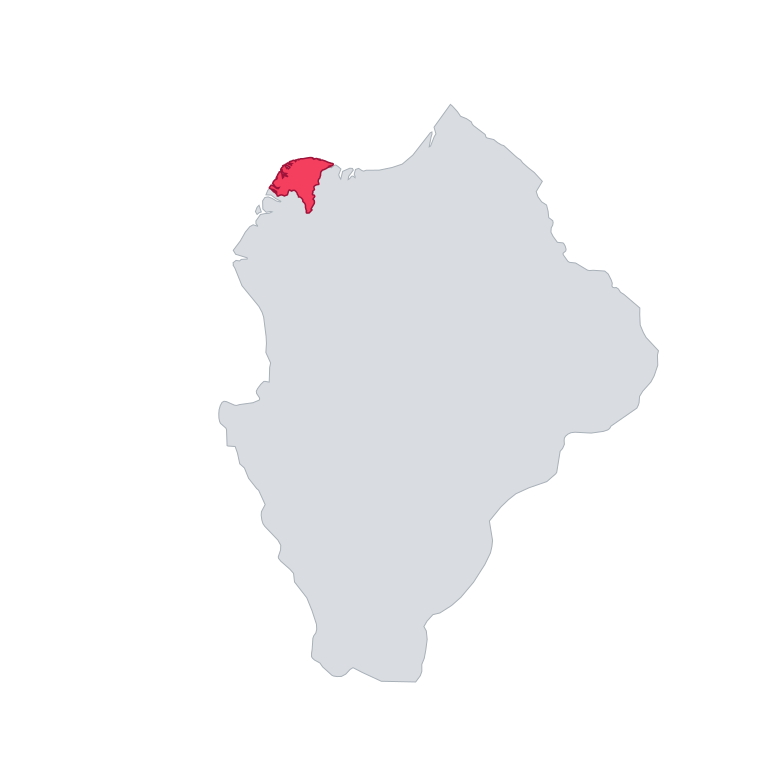 Bayelsa highlighted on a map of Nigeria, rotated 128°
{"feature_id": "NGA-2845", "entity_name": "Bayelsa", "entity_type": "State", "adm_level": 1, "iso_a3": "NGA", "parent_name": "Nigeria", "parent_adm1": "", "projection": "orthographic", "projection_center": [6.155, 4.833], "detail": "fine", "context": "in_parent", "style": "filled", "palette": "rose", "viewbox_px": 768, "rotation_deg": 128, "n_neighbors": 0, "source": "natural_earth", "source_scale": "10m", "svg_char_len": 7326}
<svg xmlns="http://www.w3.org/2000/svg" viewBox="0 0 768 768"><g transform="rotate(128 384 384)"><path d="M599.3,175.6L619.9,203.1L624.7,223.7L626.6,233.8L629.9,235.0L636.1,235.5L640.6,237.5L643.4,240.8L645.2,244.0L645.6,245.8L644.7,258.2L643.3,262.7L644.3,268.8L644.1,271.5L643.5,273.2L640.8,275.3L637.1,277.4L628.3,283.4L625.7,284.3L622.0,284.5L618.7,286.0L614.9,289.3L606.9,301.2L600.0,313.2L595.1,332.6L588.9,338.7L587.9,344.1L587.2,356.2L586.3,359.8L585.3,360.9L578.5,363.3L574.6,366.1L572.3,371.6L569.6,390.2L568.6,393.3L566.4,396.5L563.0,400.0L560.0,402.0L552.2,403.4L544.9,417.4L544.8,419.9L541.7,432.6L536.1,442.3L535.7,448.5L528.6,457.0L524.9,462.8L528.9,468.7L529.2,469.7L516.9,480.0L516.1,481.5L515.7,488.6L514.7,490.5L512.5,493.1L509.1,495.9L505.8,498.1L501.9,499.7L498.2,500.3L496.1,499.4L494.9,497.3L492.7,488.7L491.6,486.9L489.2,485.2L479.5,475.8L473.7,472.5L472.4,472.7L471.5,473.7L469.9,478.5L468.3,480.2L465.2,480.8L459.9,480.9L456.0,480.3L455.1,479.3L453.2,475.6L441.3,484.3L437.2,486.3L431.9,496.5L424.4,501.6L419.2,506.1L405.4,520.0L402.6,524.1L399.9,530.3L394.0,556.4L384.5,572.8L383.2,576.2L382.7,576.1L381.4,577.6L377.7,576.7L376.0,573.6L373.7,573.2L369.7,568.7L368.8,569.5L373.1,580.7L371.5,585.1L359.7,585.3L349.6,586.8L342.6,586.6L339.1,585.1L337.5,580.8L336.9,581.3L336.6,583.5L334.4,585.3L326.5,585.7L323.1,582.8L320.2,579.6L317.2,578.1L317.7,579.5L321.2,582.6L320.7,587.2L314.4,592.4L310.4,592.7L307.9,590.5L306.7,586.8L306.0,581.3L304.4,577.8L303.5,577.8L304.6,583.7L304.6,589.2L307.6,593.5L303.0,594.8L297.5,595.0L296.8,593.4L296.1,589.9L295.1,588.9L294.0,594.9L282.6,596.6L281.0,596.4L280.6,595.3L281.5,593.6L281.3,590.9L278.8,593.0L278.4,597.1L277.0,597.8L272.6,597.2L267.9,595.1L260.2,589.8L250.8,581.3L249.3,577.4L246.6,572.7L241.7,559.7L242.6,559.1L244.8,559.8L245.9,558.6L242.0,557.7L241.1,556.7L240.9,553.8L241.1,550.3L247.0,548.5L248.4,546.4L249.2,544.2L241.9,547.5L235.0,543.8L233.6,541.6L234.3,539.9L242.2,539.7L245.0,538.1L243.3,537.5L240.3,537.5L239.2,536.4L239.3,533.8L238.3,534.4L237.0,536.7L232.4,538.5L229.7,536.7L229.4,532.8L228.8,531.1L226.6,529.7L218.5,519.5L208.4,510.9L199.5,505.0L185.9,502.2L157.5,502.2L155.9,501.4L157.6,500.0L160.1,499.1L169.3,494.4L167.8,493.8L158.2,496.7L155.0,497.0L150.8,502.7L122.8,503.8L122.9,501.2L124.2,493.7L125.9,488.5L124.1,482.2L123.7,476.5L124.8,474.7L125.3,472.6L125.1,457.9L126.6,455.8L126.7,454.3L123.8,448.0L123.9,443.2L123.3,438.6L122.4,436.5L123.7,418.7L123.4,414.2L124.3,411.1L124.8,403.4L124.8,395.9L126.8,384.0L138.7,382.5L141.7,377.9L143.4,372.0L142.9,366.1L146.8,361.1L151.5,356.6L151.4,351.6L152.7,350.1L154.9,348.9L158.1,348.3L161.6,345.9L163.6,341.6L165.6,334.6L162.6,329.8L162.7,328.7L163.8,326.1L165.7,323.5L167.2,322.7L170.7,323.4L171.8,322.4L174.1,314.7L173.9,312.7L170.7,307.5L169.0,293.7L168.1,291.9L165.7,289.3L159.1,279.6L159.3,275.0L162.1,269.1L164.0,266.2L166.5,264.7L167.0,263.3L166.3,261.7L165.0,260.4L164.8,257.8L166.1,254.1L165.7,250.0L166.6,229.2L171.9,225.2L179.8,218.4L183.8,211.3L186.0,206.0L188.8,188.2L192.9,186.3L200.7,179.8L211.3,176.1L218.2,174.9L230.3,175.7L236.4,175.0L241.7,171.5L244.0,170.6L247.3,169.9L277.4,179.2L280.1,178.8L282.4,179.4L286.2,181.9L295.1,190.5L304.4,203.8L307.3,206.7L310.2,208.2L313.2,208.8L315.5,208.6L317.6,207.3L320.5,204.7L324.9,203.6L328.6,203.8L347.3,193.5L349.1,193.4L360.6,195.6L376.4,205.8L389.3,212.5L398.4,214.7L409.0,216.2L427.1,216.6L440.5,202.1L445.5,199.0L451.6,196.1L464.2,193.4L485.1,191.4L504.8,192.1L517.0,194.4L530.0,199.0L535.7,203.5L544.4,204.1L550.6,203.2L552.5,198.7L558.6,192.8L567.9,187.3L575.4,183.4L581.7,181.6L587.1,177.3L591.5,175.8L599.3,175.6ZM327.3,591.5L322.9,592.8L320.1,592.5L324.0,586.6L326.0,587.9L328.5,588.4L327.3,591.5Z" fill="#d9dde1" stroke="#a8b0b8" stroke-width="1"/><path d="M301.5,583.8L301.2,584.1L300.5,585.9L300.2,588.0L300.5,589.5L300.3,589.8L300.3,590.7L300.2,591.3L299.8,590.3L299.7,589.7L299.6,586.9L299.3,586.4L299.1,586.7L298.9,586.9L298.7,587.1L298.4,587.3L298.6,588.0L298.7,590.0L298.9,590.8L299.4,591.7L299.8,592.6L300.2,594.2L300.2,594.7L299.9,595.2L299.5,595.3L298.1,595.3L296.8,595.4L296.6,595.2L296.1,593.7L295.9,592.3L296.0,590.3L295.8,588.6L295.1,587.5L293.8,587.6L295.0,588.6L295.5,590.2L295.3,592.0L294.7,593.7L294.6,595.2L292.4,595.8L289.8,595.5L288.6,594.7L288.0,594.8L287.4,595.0L287.8,595.8L287.0,596.1L285.9,596.2L285.1,596.4L284.2,596.7L282.2,596.8L281.3,597.1L280.2,595.9L281.1,594.0L284.1,590.7L283.5,590.6L283.1,590.6L282.8,590.5L282.5,590.7L281.0,592.5L280.8,590.1L280.0,587.9L279.8,587.9L279.7,588.8L279.8,590.0L280.0,591.1L280.3,591.9L279.9,591.4L279.5,591.0L279.0,590.6L278.2,590.4L278.7,591.4L279.2,592.1L279.5,592.9L279.4,594.1L279.1,594.9L278.8,595.6L278.5,595.8L278.2,595.9L277.9,596.2L277.9,596.8L278.3,596.6L278.6,596.6L279.2,596.8L278.9,597.2L277.6,597.7L276.0,597.7L274.9,597.4L274.7,597.7L274.4,597.9L274.3,598.1L273.5,597.8L273.1,597.3L273.0,596.7L273.0,595.9L273.2,595.1L273.8,594.1L273.9,593.5L273.7,593.6L273.2,593.7L273.0,593.0L273.2,591.8L272.7,591.8L272.2,591.7L271.7,591.4L271.1,591.6L271.0,592.1L271.1,592.7L271.3,593.4L271.5,593.7L271.3,594.3L271.5,594.8L271.9,595.4L272.1,596.1L272.0,597.0L271.6,597.0L271.1,596.5L270.4,596.2L269.4,596.2L269.1,595.9L269.0,594.4L269.3,594.3L269.4,594.2L268.8,593.3L268.7,593.1L268.7,592.4L268.7,591.6L268.4,591.6L268.1,593.1L267.9,592.9L267.2,592.5L267.9,594.0L268.0,594.8L267.5,595.3L266.8,595.2L266.1,594.8L265.6,594.3L265.2,594.0L264.3,593.7L263.3,592.9L262.8,591.8L263.2,590.7L262.7,590.6L262.4,590.8L262.3,591.1L262.3,591.6L262.0,591.6L261.3,590.9L259.5,589.8L259.0,589.1L259.3,589.3L259.9,589.6L260.2,589.8L259.8,589.2L259.3,588.9L258.7,588.8L258.0,588.5L257.1,587.5L256.8,587.0L255.6,585.8L255.3,585.6L251.1,581.7L249.9,580.0L249.5,578.1L249.8,578.2L250.1,578.4L250.1,577.6L248.1,576.4L247.6,575.5L247.4,574.8L246.3,572.8L245.8,572.3L247.3,573.2L247.0,572.1L245.5,570.5L244.3,567.1L243.9,565.0L243.7,564.3L243.1,563.1L242.9,562.4L242.8,561.7L242.6,561.3L242.3,561.0L242.0,560.5L241.8,559.8L242.1,559.3L242.6,559.1L243.3,559.1L244.0,559.4L244.5,559.8L245.3,560.9L245.8,561.2L245.2,559.5L246.3,560.5L248.1,561.6L250.1,562.3L252.4,563.5L253.2,564.2L254.3,564.3L255.1,564.2L255.8,564.3L257.4,563.4L258.9,562.3L259.8,562.1L260.6,561.7L261.4,561.4L262.3,561.6L263.6,561.3L264.8,560.7L266.3,558.6L266.9,558.3L268.4,559.7L269.3,560.2L270.3,560.6L271.5,560.8L272.2,560.4L273.5,558.6L273.9,558.5L274.4,558.6L274.9,558.7L275.5,558.8L276.1,558.7L276.4,558.4L276.6,558.1L277.0,557.9L278.1,557.5L278.6,557.2L278.8,556.8L278.7,556.4L278.3,555.7L278.2,555.2L278.6,554.2L279.4,553.9L281.3,553.9L282.1,553.7L282.2,553.4L282.2,552.8L282.3,552.2L282.5,551.8L282.9,551.4L283.3,551.0L284.1,550.4L284.8,550.1L290.6,549.3L291.3,548.8L291.2,547.9L295.3,548.3L296.6,549.8L296.8,550.0L296.9,550.5L296.7,550.8L296.3,551.1L296.2,551.3L295.2,551.6L295.0,551.9L294.9,552.4L294.6,552.8L293.1,554.7L292.0,555.5L291.1,556.4L290.4,557.8L290.2,559.9L289.8,560.8L289.0,561.2L288.8,561.6L288.5,562.6L288.3,563.7L288.3,564.6L288.4,565.1L288.6,565.6L288.8,566.1L289.2,566.5L288.4,567.3L288.0,568.3L287.9,568.9L286.9,570.3L286.5,571.8L286.4,573.6L287.5,575.0L288.1,575.3L288.7,575.4L289.1,575.9L288.9,576.7L289.4,578.1L290.7,578.0L294.4,576.6L297.2,578.3L297.5,579.9L298.2,581.4L299.5,582.4L301.0,583.0L301.5,583.8Z" fill="#f43f5e" stroke="#9f1239" stroke-width="1.5"/></g></svg>